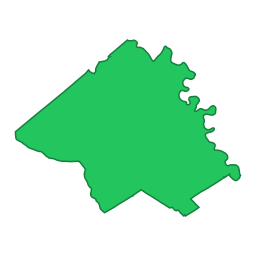 Zvoristea, Suceava, Romania
{"feature_id": "2599482B58629353331319", "entity_name": "Zvoristea", "entity_type": "district", "adm_level": 2, "iso_a3": "ROU", "parent_name": "Romania", "parent_adm1": "Suceava", "projection": "robinson", "projection_center": [26.291, 47.82], "detail": "fine", "context": "isolated", "style": "filled", "palette": "green", "viewbox_px": 256, "rotation_deg": 0, "n_neighbors": 0, "source": "geoboundaries", "source_scale": "gbopen_adm2", "svg_char_len": 5851}
<svg xmlns="http://www.w3.org/2000/svg" viewBox="0 0 256 256"><path d="M240.6,175.2L239.9,174.4L239.7,174.1L239.6,173.7L239.2,170.0L238.8,168.4L238.5,167.4L238.0,166.6L237.5,166.1L236.2,165.2L235.8,165.1L235.0,164.9L233.8,164.8L230.5,164.8L230.1,164.9L228.7,165.6L228.0,165.8L227.0,165.5L226.3,165.0L226.1,164.7L225.6,164.0L225.3,163.0L225.1,161.6L225.2,161.2L227.4,159.0L227.6,158.5L227.7,157.5L227.6,156.6L227.3,155.5L226.6,154.4L225.7,153.5L224.5,152.7L222.5,151.6L220.8,150.8L219.1,150.4L215.0,150.0L214.5,149.8L214.3,149.3L214.3,148.9L214.9,146.5L215.1,145.5L215.1,144.8L214.7,144.0L214.3,143.6L212.9,142.8L212.0,142.5L209.9,142.2L209.3,142.0L206.2,137.6L205.6,136.5L205.4,135.7L205.4,135.0L205.5,134.4L206.0,133.8L206.8,133.2L207.8,132.7L210.5,132.1L211.8,131.6L212.8,131.1L213.4,130.6L213.9,130.0L214.1,129.5L214.3,128.8L214.2,128.5L213.9,128.2L213.5,127.9L213.1,127.9L212.2,128.2L210.4,129.2L209.7,129.5L208.8,129.7L207.9,129.7L206.6,129.3L205.5,128.7L205.0,128.2L204.3,127.1L204.0,126.4L203.7,124.9L203.6,124.1L203.7,123.2L203.9,122.7L204.2,121.9L204.4,120.9L204.3,120.2L203.4,117.5L203.3,116.5L203.4,115.8L203.8,115.3L204.7,114.7L205.6,114.3L206.2,114.2L207.8,114.2L209.9,114.9L211.7,115.1L212.4,115.1L213.3,114.9L214.4,114.3L215.0,113.7L215.5,112.8L215.6,111.5L215.5,111.0L215.7,110.6L215.9,109.1L215.7,107.9L215.3,107.2L214.6,106.4L213.8,105.9L213.3,105.8L212.5,105.8L210.8,106.7L210.3,107.2L209.5,108.2L208.5,109.1L207.6,109.7L206.9,110.0L206.0,110.1L204.8,110.1L203.9,109.8L201.6,108.8L200.3,108.7L199.3,109.1L197.7,110.4L196.7,111.0L196.0,111.3L195.2,111.3L194.7,111.0L194.6,110.6L194.5,110.3L195.3,109.3L196.0,107.9L196.2,107.1L196.3,105.5L196.4,105.2L196.8,104.5L197.5,103.8L198.8,101.9L199.1,101.3L199.2,100.8L199.3,100.3L199.2,99.6L199.0,99.0L198.4,98.2L197.3,97.2L196.2,96.5L195.5,96.4L191.3,96.7L190.3,97.0L189.7,97.3L189.3,97.7L189.0,98.3L188.9,98.9L188.9,99.8L189.2,100.7L190.0,102.2L190.2,102.6L190.2,103.1L189.9,103.8L189.6,104.0L188.8,104.5L187.6,104.9L187.0,104.8L186.7,104.4L186.5,103.7L186.6,102.6L186.4,102.4L186.1,102.0L185.3,101.6L183.4,101.3L182.4,101.0L180.9,99.9L180.2,99.2L180.0,98.8L179.5,97.9L179.2,97.1L179.0,96.1L178.9,94.7L179.1,93.7L179.4,92.8L179.9,92.0L180.5,91.2L181.5,90.6L182.2,90.4L183.2,90.6L185.1,91.3L185.6,91.3L186.3,91.3L187.2,90.9L188.1,90.4L188.5,89.8L188.9,89.0L188.8,88.6L188.6,88.4L188.1,87.9L187.4,87.6L185.0,86.9L184.2,86.4L183.6,85.7L183.0,84.4L182.8,83.1L182.8,82.6L182.9,81.5L183.3,80.8L185.0,78.8L185.8,78.3L186.4,78.1L187.4,78.2L188.4,78.5L189.5,79.0L190.2,79.3L191.7,79.2L192.7,78.8L193.6,78.2L193.8,78.0L194.6,76.0L195.3,75.1L195.3,74.0L195.1,73.7L194.3,72.9L193.4,72.2L192.8,71.9L190.4,71.0L189.9,70.8L189.3,70.3L189.0,69.8L186.2,64.8L185.3,63.6L184.2,62.7L183.7,62.5L183.0,62.6L182.5,63.0L181.2,64.3L180.1,64.8L178.7,65.2L177.0,64.8L174.5,63.9L173.1,63.2L171.7,62.4L171.1,61.6L170.8,60.8L170.7,60.1L170.7,59.3L170.9,58.2L171.3,56.0L171.9,53.6L171.9,53.0L171.7,52.0L170.8,50.1L170.3,49.4L169.0,48.5L167.1,47.7L166.2,46.6L165.8,46.3L165.3,46.3L165.0,46.4L164.4,46.9L162.9,50.4L160.8,53.7L160.0,54.5L157.6,56.6L155.3,59.5L153.7,61.3L152.5,60.5L151.8,59.8L149.7,56.0L148.4,54.1L144.6,49.9L143.1,48.5L142.9,48.4L142.5,48.4L141.8,47.9L139.7,47.2L138.2,47.5L137.2,47.2L136.7,46.9L136.5,45.6L136.5,45.0L136.6,44.8L137.2,43.9L137.3,43.2L137.2,42.7L136.7,41.9L135.8,41.0L134.7,40.4L134.1,40.2L133.5,40.3L132.9,40.5L132.4,40.6L131.0,40.8L130.8,40.8L128.5,40.7L128.0,40.4L127.5,40.0L116.6,49.2L115.9,49.9L110.2,54.5L108.4,56.4L109.0,56.8L109.5,56.9L108.9,57.1L107.3,59.8L106.4,60.3L105.5,60.5L104.8,61.1L104.4,61.2L103.0,61.3L102.4,61.5L101.2,61.6L100.7,61.9L99.3,61.9L99.1,62.0L99.0,62.5L96.7,66.5L95.9,68.4L95.7,69.2L95.7,71.6L94.9,72.5L94.0,73.7L91.2,72.5L89.7,71.5L88.7,69.9L87.7,70.7L87.7,71.1L86.4,72.4L85.7,73.3L75.8,81.6L70.5,86.3L65.2,90.6L65.2,90.8L45.7,106.8L36.3,114.4L15.4,131.8L15.5,132.8L15.6,135.7L15.9,137.4L16.1,138.7L16.6,139.5L18.4,140.6L22.1,142.5L22.3,142.6L22.5,143.0L23.2,143.6L25.8,145.2L27.3,146.6L27.9,147.1L29.1,147.8L30.2,148.3L33.7,149.5L36.5,150.7L37.9,151.1L39.3,151.5L41.3,151.6L45.2,155.0L45.9,155.9L47.0,156.7L48.1,157.2L48.4,157.6L48.5,157.8L50.4,158.3L53.7,158.7L57.7,160.4L59.3,160.6L61.0,161.1L61.8,161.2L67.4,161.4L69.5,161.6L71.1,161.6L74.7,161.4L78.0,161.3L79.1,161.6L79.4,161.5L83.7,166.9L84.7,168.4L85.4,169.3L85.0,171.1L84.7,171.9L84.6,172.5L84.4,173.4L84.3,174.7L84.6,176.8L85.0,177.7L85.2,178.5L85.8,179.6L86.2,180.1L87.4,182.3L87.7,183.6L88.1,184.6L89.5,187.0L90.2,187.3L90.8,187.9L91.4,188.8L91.5,189.3L91.3,190.1L91.3,191.0L90.7,193.2L90.7,194.5L90.8,195.1L91.0,195.7L91.6,196.8L93.8,198.1L95.4,198.7L95.7,199.1L96.2,200.9L98.0,202.5L98.9,203.9L99.5,205.3L100.1,208.2L100.6,209.1L102.4,210.9L103.9,212.2L104.7,212.7L108.4,210.5L114.3,207.2L116.6,205.5L121.7,202.4L129.0,198.0L131.1,196.5L131.6,196.4L132.6,196.0L132.8,195.7L133.3,195.6L133.2,195.2L136.0,193.3L136.3,193.2L137.9,192.0L139.6,190.9L141.3,189.8L145.9,193.0L152.7,197.1L154.8,198.5L158.1,200.5L161.1,202.6L162.2,203.2L162.7,203.6L164.2,204.4L165.8,205.5L167.9,206.8L169.2,207.8L171.6,207.7L172.1,207.3L172.7,207.8L174.6,210.0L175.2,210.5L176.1,210.4L176.7,210.7L177.0,210.4L177.4,210.4L177.6,210.1L178.2,210.2L179.4,211.3L180.6,213.2L181.3,213.6L181.7,214.1L182.2,214.3L183.1,215.4L183.7,215.9L183.9,215.7L184.5,214.8L185.4,216.0L193.6,211.1L199.0,207.4L195.9,204.3L193.3,201.5L192.9,201.2L190.7,199.0L192.4,197.7L194.7,196.0L197.5,194.2L200.0,192.5L202.2,191.1L202.9,190.9L204.8,189.9L205.4,189.4L207.5,188.3L210.2,186.5L214.2,184.1L219.6,180.6L219.7,180.4L220.1,180.3L223.3,178.1L223.6,177.5L224.0,177.0L224.6,177.6L229.4,174.2L229.4,175.0L229.8,175.3L230.0,175.7L230.0,176.3L230.3,176.6L233.2,179.3L234.0,179.9L235.4,180.5L236.2,180.5L237.0,180.3L237.9,179.4L239.2,178.4L239.7,177.3L240.0,177.0L239.9,176.2L240.6,175.2Z" fill="#22c55e" stroke="#15803d" stroke-width="1.5"/></svg>